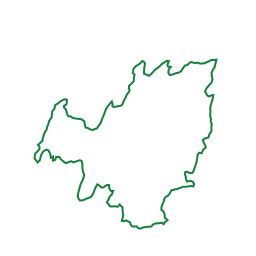 Arataca, Bahia, Brazil, rotated 18°
{"feature_id": "56859067B63657419355760", "entity_name": "Arataca", "entity_type": "district", "adm_level": 2, "iso_a3": "BRA", "parent_name": "Brazil", "parent_adm1": "Bahia", "projection": "equal_earth", "projection_center": [-39.425, -15.232], "detail": "fine", "context": "isolated", "style": "outline", "palette": "green", "viewbox_px": 256, "rotation_deg": 18, "n_neighbors": 0, "source": "geoboundaries", "source_scale": "gbopen_adm2", "svg_char_len": 3556}
<svg xmlns="http://www.w3.org/2000/svg" viewBox="0 0 256 256"><g transform="rotate(18 128 128)"><path d="M194.1,203.5L192.3,202.5L190.7,201.9L189.9,199.7L188.5,197.4L187.0,196.2L185.1,195.7L184.3,193.0L184.3,190.4L184.7,187.6L184.5,184.7L184.9,182.1L186.8,180.3L188.0,177.4L188.4,173.8L190.2,173.0L191.8,171.6L193.5,171.1L195.1,169.4L197.0,168.3L198.3,166.9L200.7,166.2L203.7,164.8L206.3,163.4L208.2,163.3L208.2,160.8L206.1,159.1L203.5,159.0L200.8,160.7L199.1,159.0L197.8,156.2L196.4,154.4L196.1,152.2L197.7,151.3L199.3,151.7L201.4,151.6L203.4,150.5L203.8,143.7L203.7,139.0L203.0,134.5L202.5,132.0L203.3,129.5L205.8,129.3L206.2,125.4L208.0,122.6L206.7,120.6L204.5,118.4L202.9,116.3L204.5,114.0L207.4,112.2L207.4,107.7L208.4,106.0L207.8,103.6L206.9,101.0L206.3,97.9L204.7,96.5L204.0,93.3L202.4,91.4L201.8,88.7L201.2,86.5L200.2,84.1L199.6,80.3L199.6,78.1L199.5,74.2L198.9,70.3L197.2,71.3L195.1,73.0L193.2,72.5L191.6,70.9L190.0,69.5L190.3,66.2L192.1,61.9L193.4,59.1L193.3,55.7L191.8,52.7L190.4,50.0L190.8,46.1L191.6,43.4L191.3,40.0L191.0,35.7L189.0,36.7L186.5,37.3L184.3,39.7L182.4,41.0L181.1,42.8L179.4,43.3L176.8,44.5L174.3,44.2L172.1,45.4L169.7,45.7L167.5,45.7L165.9,48.1L164.8,49.9L162.8,51.0L161.9,53.7L161.1,57.2L159.6,59.3L156.5,61.2L154.8,62.6L153.3,63.8L151.3,64.7L149.4,63.2L148.6,59.7L149.8,56.8L147.0,57.2L145.9,55.5L146.2,51.8L144.0,52.3L142.4,54.4L141.0,55.7L139.4,58.8L137.5,61.9L135.8,64.0L135.0,65.9L133.6,68.9L131.8,71.9L129.4,71.6L126.5,71.4L125.4,68.2L124.8,65.0L124.2,61.5L122.8,60.2L120.9,59.9L119.4,63.0L116.3,66.9L115.0,70.0L115.5,74.1L117.7,75.2L118.1,78.6L119.0,81.8L117.5,84.8L116.0,87.6L116.5,90.0L117.9,91.6L117.6,94.0L116.6,96.1L116.4,99.2L115.7,102.7L115.5,105.4L115.3,107.7L113.9,109.4L111.2,110.6L108.7,112.2L106.6,112.3L105.9,109.9L104.4,107.8L103.0,111.1L102.1,113.3L101.2,117.1L101.1,120.3L100.9,123.6L100.6,126.9L100.5,131.4L99.3,135.2L98.8,137.8L96.7,139.2L95.1,140.8L92.5,141.0L89.9,140.4L87.4,140.7L86.1,138.5L84.4,135.2L81.1,134.0L79.2,134.4L76.4,134.9L73.8,135.4L72.0,135.4L69.8,134.6L67.9,135.3L66.2,134.2L64.5,131.4L62.9,129.3L61.2,128.7L60.2,126.7L62.0,124.8L61.9,122.2L61.1,120.0L59.0,120.2L56.9,122.0L55.3,123.9L53.6,126.6L51.6,128.7L52.1,132.3L50.8,135.7L51.5,138.9L52.1,141.5L51.4,143.7L50.8,146.0L51.0,149.2L50.8,152.1L51.1,154.7L50.2,157.2L50.1,160.8L50.1,164.0L50.6,166.7L49.2,169.3L47.6,171.8L49.6,173.2L50.3,175.6L49.1,178.3L47.6,181.5L48.6,185.9L50.8,187.3L52.7,188.7L54.1,185.9L53.8,182.4L53.8,179.7L54.3,177.3L55.8,175.1L57.1,173.8L59.4,174.0L62.3,177.0L63.8,180.1L65.6,178.4L66.7,182.2L68.7,180.7L68.6,178.0L71.4,176.7L73.6,178.4L76.5,179.6L78.2,180.3L80.0,180.6L82.2,178.6L84.5,177.1L86.4,177.6L88.8,176.0L92.2,173.5L94.2,173.8L95.6,176.1L97.2,180.6L98.8,183.5L100.9,186.2L101.1,190.9L100.3,196.1L100.5,200.2L100.7,204.7L101.1,207.6L101.9,209.7L104.6,211.8L107.6,210.6L110.3,208.1L112.8,206.1L114.2,204.7L115.1,201.4L115.3,197.9L115.5,194.7L116.2,191.1L118.8,191.6L121.0,192.8L123.1,192.1L125.1,189.1L127.5,188.1L128.4,190.3L129.7,192.1L131.5,193.2L133.3,192.4L133.2,196.0L131.7,199.3L131.6,201.9L130.9,205.3L133.2,206.6L135.0,208.0L137.0,207.7L139.0,206.7L140.7,206.4L142.5,206.1L143.8,203.3L145.3,204.4L147.2,205.0L148.3,208.0L149.2,210.1L150.4,212.3L150.7,215.3L150.8,218.2L153.3,217.6L154.8,216.4L156.8,216.9L158.9,217.0L160.6,219.3L162.6,220.3L165.0,219.6L166.6,218.9L168.7,220.2L171.2,219.8L173.0,217.9L175.6,216.7L177.2,215.7L178.9,215.4L180.5,214.5L182.0,211.5L184.7,209.8L187.3,208.9L189.3,207.6L191.6,208.5L192.2,206.1L194.1,203.5Z" fill="none" stroke="#15803d" stroke-width="2"/></g></svg>